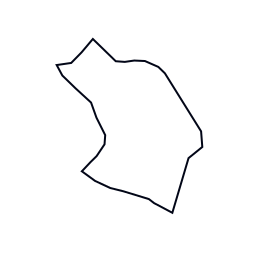 Sant Julià de Lòria, Natural Earth projection, rotated 231°
{"feature_id": "AND-4882", "entity_name": "Sant Julià de Lòria", "entity_type": "state/province", "adm_level": 1, "iso_a3": "AND", "parent_name": "Andorra", "parent_adm1": "", "projection": "natural_earth1", "projection_center": [1.502, 42.473], "detail": "fine", "context": "isolated", "style": "outline", "palette": "ink", "viewbox_px": 256, "rotation_deg": 231, "n_neighbors": 0, "source": "natural_earth", "source_scale": "10m", "svg_char_len": 498}
<svg xmlns="http://www.w3.org/2000/svg" viewBox="0 0 256 256"><g transform="rotate(231 128 128)"><path d="M147.3,191.1L79.4,182.7L66.5,173.8L66.5,156.1L34.2,109.1L53.2,101.0L59.6,99.5L81.7,84.6L92.6,76.4L107.6,69.1L123.4,64.9L125.1,77.5L125.9,85.9L130.1,99.5L136.8,105.8L155.9,110.0L171.0,115.3L191.8,112.2L210.1,110.0L221.8,112.2L214.3,124.8L216.0,139.5L219.3,156.7L187.6,160.5L181.4,167.1L176.5,175.3L169.4,183.3L156.4,190.0L147.3,191.1Z" fill="none" stroke="#020617" stroke-width="2"/></g></svg>